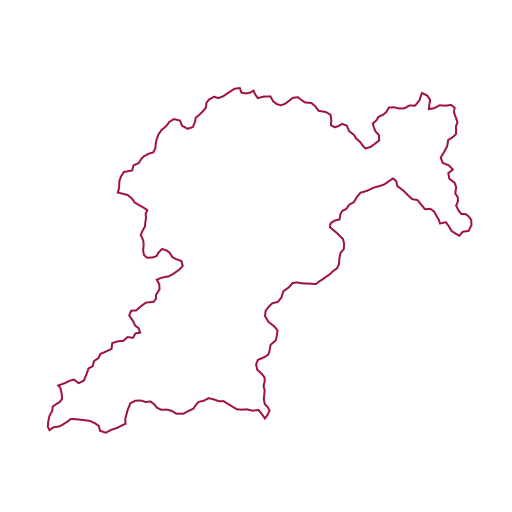 Ubá, Minas Gerais, Brazil (Mercator projection), rotated 267°
{"feature_id": "56859067B43020372139426", "entity_name": "Ubá", "entity_type": "district", "adm_level": 2, "iso_a3": "BRA", "parent_name": "Brazil", "parent_adm1": "Minas Gerais", "projection": "mercator", "projection_center": [-42.971, -21.111], "detail": "fine", "context": "isolated", "style": "outline", "palette": "rose", "viewbox_px": 512, "rotation_deg": 267, "n_neighbors": 0, "source": "geoboundaries", "source_scale": "gbopen_adm2", "svg_char_len": 4231}
<svg xmlns="http://www.w3.org/2000/svg" viewBox="0 0 512 512"><g transform="rotate(267 256 256)"><path d="M407.3,435.3L410.1,430.3L402.6,427.2L397.8,422.7L398.3,417.3L395.7,411.7L395.8,406.5L397.3,401.7L397.3,396.5L392.7,393.4L390.4,390.3L388.5,385.5L385.2,383.4L382.2,379.6L378.1,380.5L374.2,381.8L370.3,385.1L365.0,385.1L361.8,380.5L359.0,376.3L357.6,370.9L360.6,368.4L364.5,365.9L368.1,362.1L371.8,360.2L375.7,355.6L381.5,353.4L383.4,348.9L381.5,345.4L380.4,341.5L382.8,337.6L387.9,338.3L393.0,337.9L396.1,333.4L397.8,326.0L402.2,323.2L405.9,319.3L406.8,312.9L409.7,309.2L412.4,306.1L412.0,300.9L408.9,296.6L406.5,293.1L405.2,288.7L406.7,284.5L409.7,281.2L414.6,278.7L414.8,272.0L413.6,266.0L417.7,263.5L421.3,262.2L419.4,258.7L418.9,254.3L419.9,250.0L424.6,248.6L424.1,243.2L420.7,237.3L417.3,231.7L415.6,226.6L417.3,222.6L414.8,217.4L411.5,214.5L406.7,213.7L403.4,210.6L400.4,207.3L397.3,203.1L393.1,202.1L388.1,199.7L386.6,194.3L390.1,188.8L395.2,187.2L397.0,181.2L394.7,176.8L390.1,172.8L386.6,168.1L382.6,165.0L377.9,163.0L374.2,161.9L368.9,161.1L364.9,158.9L363.8,154.3L361.6,149.5L359.0,146.5L355.0,143.8L352.9,138.5L347.9,136.8L346.8,128.5L342.6,125.4L338.1,123.5L331.0,122.8L326.6,121.3L323.7,131.0L319.4,135.5L315.7,137.7L312.7,142.3L310.1,146.4L307.4,149.9L303.9,148.0L300.0,148.2L295.8,147.3L291.2,146.6L287.3,144.1L283.1,142.0L277.4,144.2L273.0,144.4L267.8,143.6L262.9,144.1L260.0,147.1L259.9,152.2L261.1,156.7L264.4,158.7L268.0,162.6L266.1,167.2L263.5,170.2L259.5,172.2L257.2,175.7L254.9,181.2L249.9,182.3L246.3,178.5L242.7,172.8L240.2,167.8L239.8,163.7L238.9,159.6L237.5,155.6L232.9,157.9L227.7,157.9L222.5,154.1L218.6,153.9L215.6,151.4L215.2,143.6L211.6,138.1L207.9,133.5L207.9,128.5L203.2,126.3L197.3,129.9L192.8,131.7L190.1,135.0L185.5,136.3L185.0,131.6L180.7,128.8L181.8,123.5L178.1,118.9L178.1,113.7L176.5,107.8L170.8,106.9L168.3,100.8L166.4,95.5L162.2,93.2L159.6,88.8L154.4,87.1L152.5,82.9L146.5,80.4L140.6,77.6L138.3,72.3L142.2,67.6L141.0,63.0L139.0,58.4L137.1,51.8L134.0,53.9L128.6,54.7L123.5,54.9L120.4,52.3L118.6,48.8L116.2,45.1L112.0,44.4L107.2,41.4L100.8,39.7L96.4,39.2L92.9,40.7L95.6,44.9L96.1,50.6L97.8,54.3L100.0,58.2L103.0,62.7L102.5,67.0L101.5,73.4L100.0,81.6L97.3,86.6L94.5,90.1L89.6,91.1L87.4,96.7L89.9,102.0L91.7,108.7L93.7,112.8L95.3,116.9L100.2,116.9L104.5,118.3L109.6,120.0L115.5,122.9L117.8,127.9L117.7,133.5L115.9,138.4L116.3,143.0L113.3,146.5L109.6,149.3L107.4,153.4L107.2,159.3L105.7,163.7L102.7,168.2L102.3,175.2L104.9,180.7L106.8,185.5L110.6,188.3L113.3,191.0L114.1,196.0L116.5,201.4L114.7,207.1L112.8,211.6L112.8,215.9L110.2,219.7L106.7,224.7L103.9,229.0L103.3,233.8L103.3,239.1L101.7,244.5L102.1,250.4L97.2,254.0L93.3,256.4L96.8,259.2L100.8,261.5L104.5,259.8L107.6,257.0L112.8,256.3L117.3,257.0L121.2,257.6L125.9,256.7L130.2,258.1L134.3,258.2L138.2,255.4L142.4,251.3L147.7,250.4L152.1,252.4L154.7,259.4L156.9,263.1L160.8,264.6L166.5,265.9L170.8,271.4L175.7,272.7L180.6,273.6L185.0,270.3L189.6,265.0L195.6,261.8L201.0,262.8L205.2,266.6L207.9,269.8L209.1,275.6L213.4,279.3L219.3,281.4L223.0,287.2L227.2,291.3L227.4,295.7L226.2,301.1L225.6,308.1L224.8,314.2L227.3,317.8L229.3,321.4L231.5,324.7L234.0,328.9L237.2,332.6L239.5,336.3L243.6,338.5L249.2,339.1L254.9,340.7L258.2,344.0L263.7,344.7L268.8,343.5L271.9,340.4L275.1,337.6L277.8,334.6L280.9,331.3L285.0,332.4L287.2,336.3L288.2,341.4L293.1,342.4L296.6,344.6L298.2,348.5L302.5,352.0L304.7,356.7L309.0,359.3L313.7,363.6L315.3,370.4L318.2,377.2L319.4,383.3L320.8,387.9L323.7,392.6L326.3,396.9L323.5,399.9L318.4,400.8L313.7,406.5L308.6,411.1L304.7,414.8L303.3,420.3L298.4,423.8L293.9,427.2L293.9,432.7L291.1,436.2L286.8,438.2L282.7,440.4L278.8,441.5L279.8,447.4L275.2,450.3L270.7,452.6L268.0,456.4L265.6,460.1L269.4,463.8L269.9,469.5L275.5,472.8L280.8,472.8L284.5,470.4L286.9,467.5L287.2,463.2L290.8,460.7L295.8,458.5L300.0,460.5L303.9,460.6L308.2,458.3L314.3,459.5L318.8,458.1L323.0,453.1L328.7,452.4L332.0,457.1L336.3,453.5L339.2,447.4L344.5,445.6L349.8,449.1L355.5,452.6L361.8,454.0L364.6,459.0L367.3,462.1L371.1,462.4L375.0,462.5L379.2,464.2L384.2,462.7L389.1,461.2L393.8,462.1L396.6,458.8L396.2,453.1L396.9,447.2L394.3,441.7L393.6,436.4L397.9,437.0L403.0,438.0L407.3,435.3Z" fill="none" stroke="#9f1239" stroke-width="2"/></g></svg>